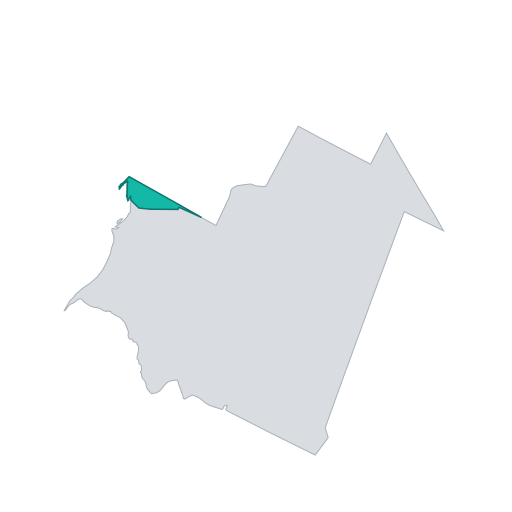 Nouadhibou, Dakhlet Nouadhibou, Mauritania shown in context, rotated 30°
{"feature_id": "47542326B41685059019738", "entity_name": "Nouadhibou", "entity_type": "district", "adm_level": 2, "iso_a3": "MRT", "parent_name": "Mauritania", "parent_adm1": "Dakhlet Nouadhibou", "projection": "albers", "projection_center": [-16.719, 20.928], "detail": "fine", "context": "in_parent", "style": "filled", "palette": "teal", "viewbox_px": 512, "rotation_deg": 30, "n_neighbors": 0, "source": "geoboundaries", "source_scale": "gbopen_adm2", "svg_char_len": 5123}
<svg xmlns="http://www.w3.org/2000/svg" viewBox="0 0 512 512"><g transform="rotate(30 256 256)"><path d="M229.6,426.0L229.0,425.8L226.2,423.9L224.7,421.7L222.5,420.0L219.4,418.9L217.4,417.6L216.4,416.1L215.3,415.2L214.1,414.7L213.9,414.2L214.2,413.4L213.9,412.0L212.0,409.0L210.3,407.7L208.9,407.9L208.1,407.6L207.6,406.9L207.4,405.9L206.4,405.1L204.7,404.8L203.3,402.5L202.2,398.4L200.8,395.2L199.1,392.9L197.9,392.1L197.0,391.9L196.7,391.6L196.5,390.9L195.2,390.7L193.5,391.4L191.8,391.2L191.0,390.1L189.9,390.0L188.6,391.0L187.0,390.7L185.3,389.3L184.4,387.8L184.2,386.4L181.2,383.5L175.5,379.2L169.4,377.3L162.8,377.6L159.1,377.5L158.3,376.8L157.5,376.8L156.7,377.6L155.8,377.8L154.9,377.4L154.3,377.7L154.1,378.9L151.8,379.5L147.3,379.5L143.8,380.2L141.1,381.6L137.2,382.2L132.2,382.0L129.2,381.6L128.2,380.8L126.8,380.6L124.9,381.0L123.3,383.2L121.8,387.1L120.6,389.3L119.7,389.9L118.6,392.8L118.1,397.7L117.2,399.8L117.2,387.7L118.6,383.1L119.0,379.1L122.1,370.3L125.7,363.1L129.0,353.5L130.2,344.2L129.7,335.1L128.7,327.0L127.0,321.7L125.4,313.9L123.0,309.9L118.6,306.3L117.6,304.2L118.6,303.4L121.3,302.9L123.0,300.1L119.4,301.2L123.5,292.7L124.8,286.8L124.6,283.0L125.3,280.7L122.2,275.6L119.7,269.2L118.5,268.1L117.2,267.6L117.1,269.1L116.4,270.5L114.8,269.7L112.1,265.0L108.4,257.4L107.1,256.6L106.0,257.6L105.3,258.6L104.0,265.0L103.6,262.5L104.2,259.5L105.1,255.8L106.2,250.8L109.4,250.8L115.2,250.8L126.8,250.7L132.6,250.7L144.2,250.6L150.0,250.5L161.6,250.4L167.4,250.3L179.1,250.1L184.9,250.0L196.5,249.8L202.3,249.7L206.1,249.6L205.8,246.0L205.5,243.1L205.2,239.3L204.9,235.4L204.6,231.6L204.2,228.0L203.9,224.4L203.7,221.1L203.4,218.1L203.0,216.3L201.7,212.8L201.4,211.1L201.7,209.3L202.5,207.5L204.7,204.3L208.0,201.8L211.8,198.9L214.8,196.7L216.3,196.1L220.9,195.3L224.5,193.6L228.0,191.9L229.5,191.0L229.6,188.0L227.7,122.5L245.0,121.9L249.6,121.8L281.6,120.5L286.1,120.3L309.4,119.2L309.2,116.2L309.0,111.7L308.7,105.7L308.4,99.6L307.8,88.9L307.6,84.4L312.3,87.1L321.8,92.6L326.5,95.4L336.0,100.8L345.5,106.3L355.1,111.7L359.9,114.4L364.7,117.1L369.4,119.8L374.3,122.4L383.9,127.8L387.9,130.0L394.2,133.6L400.0,137.0L405.8,140.4L397.2,141.0L385.7,141.8L377.8,142.4L369.8,142.9L362.2,143.4L363.2,149.5L364.4,156.2L365.5,162.9L366.6,169.6L367.8,176.3L371.2,196.3L372.4,203.0L373.5,209.7L374.7,216.4L375.8,223.1L378.1,236.5L379.3,243.2L380.5,249.9L381.6,256.6L382.8,263.3L384.0,270.0L386.3,283.3L387.5,290.0L388.7,296.7L389.9,303.4L391.0,310.1L392.2,316.8L393.4,323.5L394.6,330.2L397.0,343.5L398.2,350.2L399.4,356.9L400.6,363.5L401.8,370.0L405.1,373.2L409.3,377.2L408.6,383.4L407.8,390.7L406.8,398.8L395.9,399.5L385.2,400.2L358.5,401.9L353.1,402.2L326.3,403.6L321.0,403.9L310.6,404.4L307.6,404.4L306.4,403.8L305.9,399.7L305.0,400.0L303.9,401.3L303.4,402.6L303.7,404.3L303.6,405.7L300.2,406.5L295.6,407.6L290.7,408.6L285.7,408.5L284.0,408.3L282.2,407.8L278.3,407.4L276.1,407.4L273.7,407.6L270.8,408.1L269.9,408.9L267.8,412.0L265.8,415.6L264.4,415.7L262.8,413.8L258.4,410.2L253.1,405.6L250.7,403.3L249.4,403.0L247.0,404.8L245.0,406.5L242.8,408.9L241.9,411.2L241.2,413.9L240.9,417.0L240.2,420.7L238.5,423.7L236.4,425.9L234.9,427.0L234.3,427.6L229.6,426.0ZM121.2,294.9L119.6,297.5L118.9,296.5L118.6,294.8L120.0,292.3L120.7,291.0L122.0,290.5L121.2,294.9Z" fill="#d9dde1" stroke="#a8b0b8" stroke-width="1"/><path d="M189.6,249.9L165.1,250.0L141.4,250.3L109.4,250.7L106.9,250.7L106.6,250.7L105.4,255.0L105.3,256.0L104.8,257.7L104.4,258.6L104.2,259.8L103.6,260.3L103.2,261.0L103.2,261.6L102.9,262.0L103.1,262.5L103.3,262.9L103.3,263.4L103.1,263.8L102.7,264.1L102.7,264.4L102.9,264.6L103.2,264.7L103.4,265.1L103.6,265.4L103.6,265.7L104.0,265.9L104.0,266.1L104.1,266.3L104.3,266.3L104.3,265.3L104.3,265.0L104.4,264.9L104.4,264.6L104.6,264.0L104.5,263.8L104.3,263.5L104.0,263.4L103.7,263.0L104.0,262.5L104.6,262.4L104.8,262.3L105.0,261.9L105.0,261.3L105.1,261.1L105.5,260.6L105.1,260.3L105.0,260.6L105.0,260.4L105.0,259.9L104.7,259.3L104.6,259.1L104.7,258.7L104.8,258.6L105.0,258.7L105.1,258.8L105.1,259.2L105.2,259.4L105.3,259.3L105.5,258.9L105.7,258.7L105.9,258.4L106.1,258.1L106.2,257.2L106.5,257.0L106.8,257.0L106.8,256.8L106.7,256.6L107.1,255.4L107.4,255.5L107.6,255.8L107.9,256.1L108.1,256.3L108.2,256.6L108.3,256.9L108.5,257.4L108.5,258.0L108.8,258.3L108.9,259.2L109.3,259.4L109.4,259.6L109.4,259.8L109.5,260.0L109.9,260.4L110.1,260.8L110.1,261.3L110.3,261.7L110.8,262.0L110.8,261.8L110.9,261.7L111.1,261.8L111.2,262.0L111.3,262.8L111.6,263.4L111.7,264.4L112.5,264.9L112.6,265.6L112.7,265.8L112.8,266.2L113.5,267.0L113.9,267.0L114.0,267.1L114.0,267.3L113.8,267.7L113.9,267.9L114.0,267.9L114.1,268.0L113.9,268.1L113.8,268.3L113.7,268.5L114.1,268.8L114.3,269.1L114.5,269.0L114.9,269.3L115.4,270.1L116.7,271.5L116.9,271.7L117.3,272.0L117.3,271.7L117.6,271.4L117.5,271.2L117.5,270.8L117.4,270.6L117.3,270.2L117.5,269.6L117.5,269.0L117.3,268.6L117.4,268.0L117.4,267.5L117.5,267.3L117.6,267.0L118.0,267.3L118.2,267.7L118.3,268.1L118.5,268.7L119.0,269.3L119.7,269.4L119.7,270.2L130.6,273.0L141.0,268.4L142.2,267.7L165.1,254.7L165.1,252.3L189.6,249.9Z" fill="#14b8a6" stroke="#0f766e" stroke-width="1.5"/></g></svg>